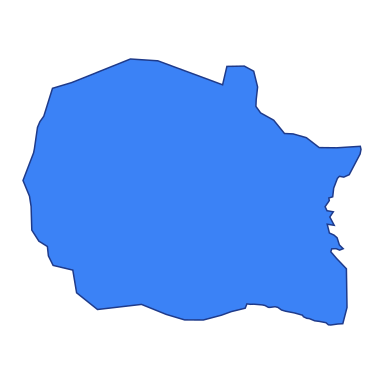 Bida, Niger, Nigeria (Albers equal-area conic projection)
{"feature_id": "59680162B96484505623852", "entity_name": "Bida", "entity_type": "district", "adm_level": 2, "iso_a3": "NGA", "parent_name": "Nigeria", "parent_adm1": "Niger", "projection": "albers", "projection_center": [6.019, 9.036], "detail": "fine", "context": "isolated", "style": "filled", "palette": "blue", "viewbox_px": 384, "rotation_deg": 0, "n_neighbors": 0, "source": "geoboundaries", "source_scale": "gbopen_adm2", "svg_char_len": 1267}
<svg xmlns="http://www.w3.org/2000/svg" viewBox="0 0 384 384"><path d="M360.3,146.3L336.8,147.8L319.2,147.6L306.4,137.7L293.1,133.9L284.5,133.5L273.7,120.2L260.6,112.9L255.9,106.4L256.2,99.6L257.6,87.0L253.7,71.2L244.3,66.1L226.9,66.4L222.6,84.8L157.8,60.8L130.4,59.0L71.6,82.6L52.5,88.3L47.8,103.4L43.8,116.2L39.9,121.7L37.5,127.3L34.4,148.8L33.6,152.8L23.0,180.5L29.5,196.2L31.1,206.5L31.8,230.1L38.9,241.2L47.4,246.5L48.4,255.9L53.1,265.4L72.8,270.1L76.6,292.8L97.5,309.5L141.5,304.4L166.2,314.4L184.6,319.9L203.3,320.0L221.4,315.2L231.3,311.6L239.1,309.7L245.2,308.2L246.9,303.9L250.3,304.3L253.9,304.2L262.3,304.9L265.0,305.5L268.3,307.3L269.8,307.4L275.1,306.7L277.9,307.4L281.5,310.0L285.5,311.2L294.3,312.9L302.5,315.2L303.4,316.7L306.8,318.3L309.3,318.6L314.7,320.8L319.3,321.4L326.0,322.7L328.4,324.8L330.7,325.0L337.8,324.0L342.8,323.7L347.0,307.5L346.6,281.4L346.4,268.8L336.6,258.5L330.8,251.8L331.8,248.8L336.2,248.7L339.6,250.1L343.2,248.7L339.4,245.0L337.1,237.8L334.0,235.1L329.4,233.0L327.2,224.2L334.2,225.3L329.8,217.0L333.3,211.8L327.0,210.7L325.1,206.7L329.3,200.6L328.8,198.0L332.7,196.8L333.7,188.1L337.4,178.4L339.4,176.3L343.8,177.1L349.2,174.7L360.1,154.0L361.0,149.4L360.3,146.3Z" fill="#3b82f6" stroke="#1e3a8a" stroke-width="1.5"/></svg>